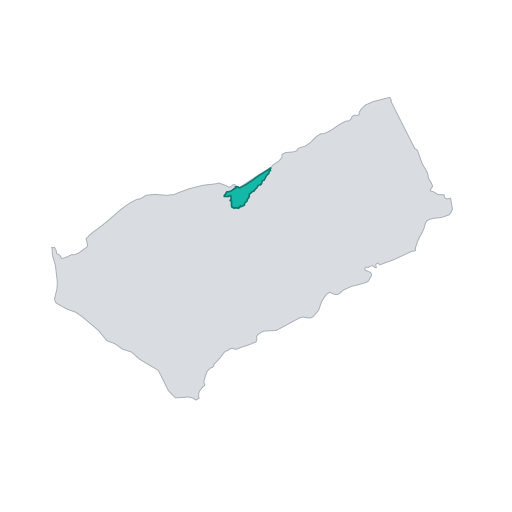 Banda, Brong Ahafo, Ghana shown in context, rotated 64°
{"feature_id": "2480657B21856882152043", "entity_name": "Banda", "entity_type": "district", "adm_level": 2, "iso_a3": "GHA", "parent_name": "Ghana", "parent_adm1": "Brong Ahafo", "projection": "equal_earth", "projection_center": [-2.367, 8.353], "detail": "fine", "context": "in_parent", "style": "filled", "palette": "teal", "viewbox_px": 512, "rotation_deg": 64, "n_neighbors": 0, "source": "geoboundaries", "source_scale": "gbopen_adm2", "svg_char_len": 7115}
<svg xmlns="http://www.w3.org/2000/svg" viewBox="0 0 512 512"><g transform="rotate(64 256 256)"><path d="M300.0,58.9L303.0,62.6L303.6,64.7L302.6,72.8L300.4,78.5L299.1,83.8L299.3,86.4L300.6,89.1L305.1,93.2L307.4,95.9L310.2,100.0L313.3,104.0L318.7,109.3L321.0,110.2L320.9,111.6L320.1,113.6L319.7,133.1L319.3,138.1L318.9,140.6L318.4,147.9L317.9,148.9L316.8,148.9L315.9,149.1L315.7,150.6L316.1,152.1L319.3,153.1L318.6,154.2L316.2,155.2L315.1,157.4L315.6,159.9L314.3,161.9L314.7,163.2L315.5,164.2L316.9,163.9L320.7,160.5L322.2,160.1L324.2,160.8L327.8,165.9L328.0,168.5L326.6,177.0L325.1,183.6L324.9,192.5L326.4,197.4L326.2,200.1L324.6,202.5L320.8,205.9L321.1,208.2L322.9,212.6L326.0,217.4L332.2,223.4L335.5,231.2L335.6,234.3L333.7,237.5L331.5,240.3L330.7,244.3L331.8,270.4L327.0,281.7L326.9,285.0L327.4,288.7L328.7,291.0L331.2,291.6L333.3,293.8L332.6,301.8L331.5,309.9L331.3,313.9L330.7,315.7L328.8,317.3L328.1,319.8L328.6,323.0L328.2,325.3L329.3,328.4L331.5,332.1L335.1,341.5L336.5,342.3L337.1,344.2L336.7,346.2L338.1,350.3L342.1,354.5L346.3,358.1L349.7,358.6L350.5,361.8L352.7,366.0L354.4,367.8L356.9,369.0L359.0,369.6L359.1,373.1L355.4,375.5L352.8,379.1L350.8,384.6L348.1,390.6L338.8,393.7L335.2,393.8L316.0,393.9L298.0,405.8L287.7,410.0L281.3,416.7L272.8,421.4L266.8,427.2L254.4,430.0L234.0,439.0L227.6,442.6L221.2,448.9L210.7,456.3L206.6,456.2L198.3,449.3L192.2,445.9L177.1,440.6L165.8,438.5L160.3,436.2L158.9,435.9L160.1,433.4L163.3,433.2L166.6,434.0L169.1,432.1L172.8,431.8L173.7,429.8L174.0,424.8L174.0,420.8L175.3,419.0L175.6,414.3L173.8,403.8L172.5,402.6L165.9,401.1L165.4,399.0L164.3,396.8L163.0,391.4L161.6,383.3L159.3,373.3L154.9,356.8L153.8,351.0L153.0,345.1L152.9,338.0L153.8,335.4L153.6,331.7L153.2,328.1L156.4,319.7L162.5,309.4L163.7,305.7L164.9,303.2L165.0,299.5L166.1,287.5L169.1,273.1L170.9,267.6L172.1,264.7L173.6,259.9L174.0,257.6L179.6,252.0L182.2,250.5L182.8,248.2L181.9,245.8L182.3,244.1L183.6,243.3L185.7,242.6L187.2,240.3L184.8,222.5L182.9,204.8L182.8,203.3L181.7,200.9L180.6,193.6L178.7,189.3L176.0,188.0L176.0,184.0L178.7,177.2L179.4,173.2L178.1,172.0L177.9,168.9L178.9,163.9L178.4,160.8L177.9,157.5L175.2,149.7L174.5,144.3L175.9,141.1L175.9,134.0L174.4,123.2L174.1,116.4L175.2,113.5L174.7,110.8L172.7,108.3L172.5,105.8L174.2,103.3L174.0,101.4L171.9,100.0L170.0,96.7L168.3,91.5L168.6,83.0L171.8,67.5L172.2,66.2L175.8,66.2L175.9,66.9L187.1,66.8L199.9,66.6L215.2,66.4L229.2,66.2L229.8,65.5L232.1,64.6L246.2,66.2L255.0,65.4L258.7,65.9L261.4,67.0L267.5,66.4L270.7,66.7L273.2,70.6L274.2,70.6L275.5,68.9L278.0,67.1L280.4,65.6L282.2,62.5L283.3,60.2L284.9,60.7L287.2,60.6L288.7,58.7L289.3,55.7L300.0,58.9Z" fill="#d9dde1" stroke="#a8b0b8" stroke-width="1"/><path d="M205.3,244.9L205.1,244.7L205.2,244.4L205.1,244.0L204.8,244.1L204.4,243.9L204.2,243.5L203.7,243.0L203.7,242.8L203.6,242.7L203.2,242.6L203.0,241.9L203.1,241.4L203.0,241.0L203.0,240.7L202.9,240.4L202.9,240.2L202.5,239.7L201.8,239.5L201.6,239.2L201.2,238.9L201.0,238.6L200.8,238.3L201.0,238.1L201.0,237.8L200.9,237.7L200.7,237.2L200.2,237.0L200.1,236.9L200.0,236.7L199.8,236.1L199.5,235.8L199.4,235.8L199.1,236.1L198.6,235.7L198.3,235.4L197.9,235.0L197.5,235.0L197.3,234.8L197.3,234.7L197.4,234.1L197.4,233.9L197.4,233.4L197.3,233.2L197.2,233.2L197.0,232.9L197.0,232.5L196.9,231.9L196.7,231.5L196.5,231.2L196.7,230.7L196.7,230.4L196.7,230.2L196.8,229.9L196.9,229.6L196.8,229.4L196.7,229.2L196.4,229.0L196.4,228.9L196.3,228.6L196.3,228.3L196.2,228.2L195.9,227.6L195.7,227.5L195.6,227.3L195.5,226.8L195.4,226.7L195.4,226.4L195.3,226.1L195.3,225.8L195.0,225.0L194.8,224.9L194.6,224.7L194.3,224.5L194.2,224.3L194.2,224.0L194.0,223.8L193.8,223.8L193.7,223.7L193.6,223.2L193.5,222.1L193.7,221.6L194.0,221.1L194.1,220.8L194.1,220.7L193.8,220.2L193.7,219.7L193.4,219.6L193.4,219.3L193.2,219.0L192.9,218.7L192.6,218.6L192.3,218.5L192.2,218.5L192.0,218.1L191.7,217.9L191.6,217.7L191.4,217.4L191.4,217.0L191.3,216.8L191.3,216.5L191.2,216.3L191.2,216.0L191.3,215.7L191.4,215.3L191.3,215.1L191.2,214.9L190.7,214.5L190.6,214.3L190.4,214.2L190.2,214.0L189.9,213.3L189.6,212.8L189.2,212.7L189.1,212.4L188.7,211.8L188.5,211.1L188.2,210.8L188.0,210.5L188.0,210.2L187.9,209.6L187.7,209.1L187.6,208.6L187.5,208.4L186.9,207.7L186.3,207.6L186.0,207.4L185.8,207.1L185.8,206.7L185.7,206.5L185.6,206.0L185.5,205.7L185.4,205.8L185.2,205.7L184.3,205.1L184.0,204.8L183.6,204.2L183.3,204.2L183.3,204.3L183.4,204.7L184.0,209.0L184.1,209.6L184.1,210.2L184.4,212.1L184.4,213.2L184.6,214.0L184.6,214.9L185.2,219.5L185.6,222.1L185.9,223.3L186.3,225.8L186.7,228.2L186.7,228.9L186.7,229.4L187.3,232.5L187.4,234.1L187.5,237.3L187.6,238.1L187.7,240.1L187.7,240.5L187.1,241.3L186.6,241.4L185.4,242.4L184.9,244.2L185.0,244.2L185.1,244.3L185.3,244.3L185.6,244.3L185.6,244.2L185.7,244.3L185.8,244.3L185.9,244.1L186.0,244.1L186.2,244.3L186.1,244.5L186.0,244.9L186.0,245.0L186.0,245.4L185.9,245.7L185.8,245.8L185.8,246.1L185.9,246.5L186.0,246.5L186.2,246.9L186.3,247.1L186.3,247.6L186.2,247.8L186.2,248.0L186.3,248.3L186.4,248.8L186.5,249.1L186.5,249.6L186.7,250.0L186.5,251.2L186.3,251.4L186.3,251.7L186.2,252.2L186.2,252.8L185.9,253.2L185.7,253.5L185.5,253.8L185.6,254.0L185.7,254.4L185.8,254.5L185.8,254.8L186.2,255.0L186.3,255.3L186.4,255.6L186.6,255.8L186.8,256.0L186.9,256.3L187.1,256.5L187.3,256.8L187.3,257.0L187.5,256.9L187.6,257.1L187.9,257.6L187.9,257.8L188.0,257.8L188.0,258.1L188.0,258.3L188.4,258.5L188.6,258.5L188.7,258.3L188.8,258.2L189.0,257.5L189.9,256.0L190.0,255.5L190.0,255.4L190.5,254.9L190.6,254.3L190.4,254.0L190.2,253.5L190.4,252.9L190.5,252.4L190.5,252.2L190.8,252.2L190.9,252.3L191.0,252.3L191.6,252.6L191.8,252.8L192.0,252.8L192.1,252.7L192.3,252.6L192.4,252.8L192.7,252.9L192.8,253.0L193.0,253.0L193.4,253.1L193.5,253.0L193.9,253.4L194.0,253.4L194.0,253.5L194.3,253.8L194.2,253.9L194.3,254.0L194.2,254.1L194.3,254.2L194.4,254.5L194.5,254.5L194.8,254.7L194.9,254.9L195.0,254.8L195.0,254.7L194.9,254.7L195.1,254.6L195.2,254.4L195.4,254.3L195.4,254.2L195.8,254.0L196.1,254.2L196.3,254.4L196.5,254.4L196.8,254.2L197.0,254.3L197.2,254.6L197.3,254.6L197.5,254.6L197.7,254.8L197.9,254.8L198.1,254.9L198.3,255.3L198.5,255.4L198.8,255.5L199.0,255.6L199.3,255.7L199.5,255.6L199.7,255.8L199.8,255.8L200.1,256.0L200.3,256.1L200.7,256.1L200.8,256.2L201.0,256.3L201.1,256.1L201.3,256.0L201.5,256.1L201.7,255.9L201.8,255.9L201.8,255.7L201.7,255.8L201.8,255.6L202.1,255.6L202.3,255.7L202.5,255.6L202.6,255.4L202.6,255.2L202.8,254.9L202.8,255.0L203.0,255.0L203.0,254.9L203.2,254.6L203.2,254.2L203.3,253.9L203.4,253.7L203.5,253.8L203.5,253.7L203.8,253.7L203.8,253.4L204.0,253.2L204.0,252.8L204.1,252.4L204.2,252.2L204.4,252.2L204.4,251.6L204.6,251.5L204.8,251.7L205.1,251.4L205.1,251.1L205.3,251.1L205.5,250.8L205.4,250.7L205.1,250.5L205.0,250.4L204.7,250.3L204.7,250.2L204.7,249.8L205.1,250.1L205.3,250.1L205.2,249.8L205.2,249.7L205.1,249.3L205.0,249.2L204.9,248.7L204.7,248.5L204.5,248.4L204.4,248.3L204.6,248.3L204.8,248.1L204.7,247.9L204.8,247.8L205.0,247.8L205.1,247.7L205.1,247.3L205.3,247.2L205.2,246.6L205.2,246.4L205.3,246.2L205.3,245.9L205.2,245.7L205.1,245.4L205.0,245.2L205.3,245.0L205.3,244.9Z" fill="#14b8a6" stroke="#0f766e" stroke-width="1.5"/></g></svg>